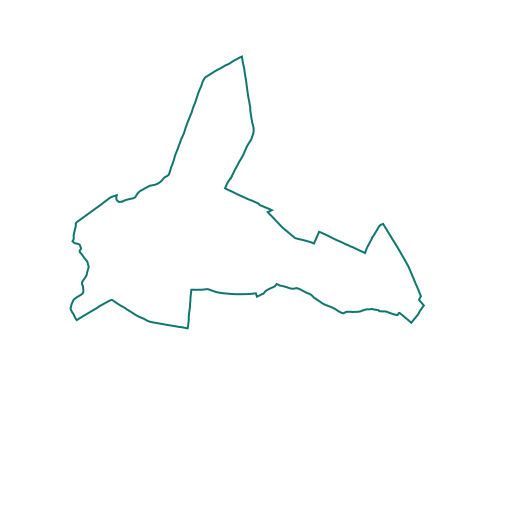 outline of Bang Kapi, Bangkok Metropolis, Thailand, rotated 125°
{"feature_id": "78962969B79450703987233", "entity_name": "Bang Kapi", "entity_type": "district", "adm_level": 2, "iso_a3": "THA", "parent_name": "Thailand", "parent_adm1": "Bangkok Metropolis", "projection": "orthographic", "projection_center": [100.64, 13.779], "detail": "fine", "context": "isolated", "style": "outline", "palette": "teal", "viewbox_px": 512, "rotation_deg": 125, "n_neighbors": 0, "source": "geoboundaries", "source_scale": "gbopen_adm2", "svg_char_len": 6035}
<svg xmlns="http://www.w3.org/2000/svg" viewBox="0 0 512 512"><g transform="rotate(125 256 256)"><path d="M354.4,270.5L353.1,271.1L346.5,274.6L346.0,275.0L345.9,275.3L340.7,278.3L338.1,279.6L337.6,279.8L334.3,281.6L333.9,282.1L330.4,284.0L327.3,286.0L320.7,289.6L317.9,285.5L314.5,280.8L312.3,278.3L311.2,277.1L310.8,276.4L310.5,275.7L310.1,274.3L309.0,270.1L308.5,268.4L307.5,265.9L307.0,264.7L305.8,262.4L303.1,257.6L300.2,252.7L298.4,249.9L292.9,242.2L290.2,238.8L288.1,236.3L286.6,234.7L288.8,231.9L288.4,231.6L287.6,231.3L286.1,230.3L283.9,229.3L282.7,228.3L280.6,228.2L279.2,228.0L276.9,227.1L276.5,226.9L274.2,225.6L271.5,224.0L270.1,223.2L269.3,223.1L267.0,222.9L266.7,220.6L266.5,219.4L265.3,216.9L264.6,214.8L263.8,212.6L263.6,211.6L262.5,208.4L261.7,207.1L260.6,205.7L259.6,205.0L259.2,204.6L258.5,203.0L258.1,201.3L257.1,193.2L256.7,191.9L256.4,190.4L256.2,189.3L256.2,188.4L256.4,186.8L256.9,184.8L256.9,184.2L256.7,181.9L256.8,181.4L256.7,177.6L256.7,176.9L256.7,176.1L256.8,175.1L256.3,171.5L255.3,167.4L254.7,165.1L254.0,160.6L254.0,157.1L253.8,155.7L253.7,154.5L253.4,153.2L253.2,152.5L253.0,151.9L252.6,151.3L252.3,151.1L251.9,151.1L251.5,150.8L250.9,150.6L250.2,150.2L249.7,149.7L249.2,149.1L249.0,148.7L248.4,147.8L247.8,147.2L247.5,146.6L247.0,145.9L246.6,144.9L245.5,143.5L243.5,140.8L243.1,140.5L242.4,139.6L241.3,138.5L240.2,137.9L237.9,136.2L237.0,135.5L236.4,134.8L236.0,134.4L235.8,134.2L235.5,133.6L234.1,131.9L233.3,131.2L232.7,130.3L232.3,128.8L231.9,128.3L231.3,126.9L230.8,126.0L230.6,125.6L230.2,124.7L230.2,124.1L230.3,123.8L230.5,123.4L230.5,123.2L229.6,122.0L229.1,121.0L227.8,119.2L227.0,117.8L226.6,116.7L226.4,115.8L226.3,115.2L225.9,113.7L225.3,111.5L225.0,110.6L224.7,109.5L224.2,108.4L223.6,106.6L223.3,106.4L223.0,106.3L220.7,106.2L220.3,105.8L220.4,104.0L221.0,96.9L221.1,94.9L221.4,92.4L221.6,90.5L217.2,90.2L215.5,90.1L211.4,89.7L210.7,89.8L209.3,89.8L208.2,90.1L206.5,90.2L201.8,90.2L200.8,90.2L200.7,90.1L200.3,90.1L199.9,91.5L199.2,94.4L198.7,96.5L198.5,97.2L198.4,97.3L195.1,97.8L194.5,98.0L194.3,97.9L189.5,105.3L187.2,109.2L178.3,123.2L177.0,125.5L174.3,131.0L168.0,144.5L165.6,150.1L163.9,154.1L163.3,155.4L162.1,158.2L156.8,170.3L158.2,171.2L158.8,171.6L160.0,172.0L161.5,172.1L171.3,171.4L174.4,171.4L175.5,171.0L184.9,169.9L187.7,169.3L191.0,168.4L191.0,168.6L193.1,180.1L193.1,181.2L194.0,184.2L194.2,186.3L194.9,189.2L195.0,190.1L195.8,194.8L196.8,199.4L197.0,200.9L197.8,206.1L198.3,209.9L198.8,212.4L199.5,216.1L200.0,218.2L207.2,216.7L212.5,215.7L213.1,218.4L213.7,220.3L215.7,226.0L217.9,231.5L218.8,233.9L218.9,234.6L217.5,250.4L217.1,252.8L216.3,256.7L214.5,265.3L213.9,268.8L213.3,271.6L209.4,269.3L209.7,271.3L211.5,279.4L212.1,282.1L211.7,283.7L211.7,284.4L213.0,291.2L213.6,293.3L214.2,296.3L216.1,306.4L216.5,309.1L216.7,310.8L217.6,315.7L218.3,320.2L217.7,320.3L213.3,321.2L209.8,321.4L207.3,321.5L207.2,321.5L207.1,321.2L205.1,321.4L204.9,321.4L204.9,321.6L199.1,322.4L198.0,322.7L191.6,323.3L189.8,323.6L188.3,323.8L184.5,324.0L180.2,324.5L178.0,324.9L177.2,325.2L173.7,325.8L173.4,326.0L171.9,326.1L170.5,326.4L167.1,326.6L163.6,326.7L158.1,328.2L157.8,328.2L157.5,328.3L157.3,328.5L154.6,329.8L153.5,330.8L152.7,331.2L151.7,332.3L150.1,334.1L148.8,335.7L144.8,339.7L142.4,341.9L140.0,344.3L139.7,344.5L138.2,345.4L136.6,346.9L135.0,348.6L133.6,349.9L130.7,353.0L122.6,360.6L119.0,363.8L113.0,369.7L108.6,373.8L106.8,375.9L104.3,378.5L100.7,381.9L101.7,382.4L101.8,382.6L103.5,383.6L105.6,384.5L108.0,385.8L111.7,387.4L113.1,387.9L114.9,388.8L117.6,390.5L121.0,391.9L126.2,394.6L126.5,394.8L128.2,395.6L132.6,397.4L134.8,398.4L136.6,399.0L137.9,399.7L138.6,400.0L139.7,400.0L140.9,400.0L144.2,399.6L145.4,399.2L148.3,398.3L150.4,397.9L154.7,397.0L156.1,396.6L157.0,396.3L165.6,393.7L167.8,393.3L171.3,392.4L176.1,390.8L178.0,390.5L180.1,390.0L186.2,388.6L190.9,387.3L191.7,387.1L192.8,386.7L197.2,385.3L203.7,384.2L206.7,383.2L208.9,382.8L210.4,382.3L212.2,381.8L220.5,379.9L222.8,378.9L228.5,377.2L229.0,377.0L232.1,376.4L232.7,376.1L239.1,374.1L239.5,374.1L241.3,374.6L244.1,376.0L244.5,376.1L248.5,376.5L250.9,377.0L252.0,377.5L253.3,378.1L255.7,379.7L259.3,383.2L263.7,385.5L267.3,387.2L268.5,387.9L270.3,388.5L272.8,388.9L273.2,388.9L275.0,388.8L275.6,388.7L276.7,388.6L277.8,388.9L278.4,389.2L279.1,389.7L284.7,394.7L287.4,396.5L288.4,396.8L288.5,397.2L289.6,398.4L290.3,399.0L290.2,401.6L290.1,402.0L289.8,402.5L289.0,403.4L288.3,404.0L287.5,404.4L286.6,404.6L286.0,404.9L289.6,407.6L290.5,408.2L292.6,409.2L301.3,412.0L303.1,412.5L304.1,412.9L331.0,422.2L332.3,422.3L333.0,422.0L334.9,420.8L342.5,417.8L343.3,417.4L344.5,416.7L345.6,415.7L346.5,415.2L347.4,414.9L349.2,414.7L349.5,412.2L349.3,411.3L348.6,409.8L348.2,409.1L348.1,408.4L348.0,407.9L347.9,407.1L348.1,406.6L349.6,404.3L350.0,403.8L350.5,403.5L352.5,403.5L352.8,403.4L353.3,403.1L353.9,402.5L354.7,399.2L355.4,397.5L356.4,394.6L357.3,391.1L358.3,389.8L358.9,389.2L359.9,387.9L360.8,387.0L361.1,386.7L365.1,385.3L366.6,384.8L367.4,384.5L368.4,383.9L369.9,383.7L371.5,383.5L375.5,383.6L376.7,383.5L377.0,383.5L377.8,383.1L378.4,382.8L379.2,382.0L379.7,380.8L383.1,377.7L384.1,377.1L384.8,376.7L385.5,376.6L386.2,376.6L387.1,376.7L388.6,377.3L392.3,379.0L395.1,380.0L395.8,380.2L397.5,380.2L398.7,379.8L399.5,379.8L401.5,379.3L402.6,378.9L403.8,378.4L405.2,377.9L405.7,377.5L406.2,376.8L407.7,373.9L407.9,373.0L408.5,371.8L410.2,368.9L410.8,367.7L411.3,366.0L409.4,365.3L408.1,364.7L406.1,363.8L405.3,363.5L396.4,359.5L395.7,359.2L390.9,356.9L389.7,356.4L387.3,355.6L385.6,354.8L379.9,352.0L377.1,350.6L375.2,349.4L374.7,348.8L374.5,348.4L374.5,348.2L374.5,344.4L374.3,337.9L374.0,336.4L373.8,334.4L373.8,333.1L373.8,331.1L373.7,330.1L373.6,329.4L373.7,328.2L373.6,327.6L373.5,326.8L373.3,319.8L373.2,318.9L372.9,318.6L372.9,317.9L372.9,316.9L372.7,316.7L372.5,314.9L372.1,313.8L371.6,310.9L371.4,307.9L371.0,306.4L370.5,304.6L368.9,301.1L365.1,293.0L364.1,290.7L362.2,286.8L358.9,279.8L358.1,278.0L357.0,276.2L355.0,271.5L354.4,270.5Z" fill="none" stroke="#0f766e" stroke-width="2"/></g></svg>